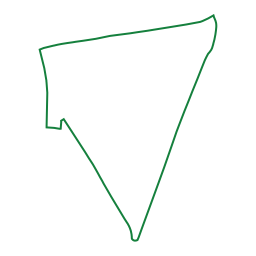 the district of Zawiyya Al-Hamra, Al Qahirah, Egypt
{"feature_id": "37247803B37865224267935", "entity_name": "Zawiyya Al-Hamra", "entity_type": "district", "adm_level": 2, "iso_a3": "EGY", "parent_name": "Egypt", "parent_adm1": "Al Qahirah", "projection": "mercator", "projection_center": [31.271, 30.098], "detail": "fine", "context": "isolated", "style": "outline", "palette": "green", "viewbox_px": 256, "rotation_deg": 0, "n_neighbors": 0, "source": "geoboundaries", "source_scale": "gbopen_adm2", "svg_char_len": 1867}
<svg xmlns="http://www.w3.org/2000/svg" viewBox="0 0 256 256"><path d="M46.6,127.4L49.9,127.6L54.2,127.9L59.0,128.7L59.9,128.8L60.7,128.7L60.8,127.1L61.2,122.4L61.2,122.0L61.2,121.6L61.1,121.2L61.1,120.8L63.7,119.2L63.9,119.6L64.2,119.9L69.8,128.5L85.1,152.1L89.0,158.4L92.9,164.4L95.7,169.3L97.9,173.2L100.0,177.1L102.3,181.1L103.3,183.0L103.4,183.3L103.6,183.6L111.2,196.7L124.5,218.8L126.7,222.2L126.9,222.5L127.0,222.7L127.3,223.1L127.6,223.5L127.8,223.9L128.1,224.4L128.3,224.8L128.5,225.2L128.8,225.7L129.0,226.1L129.2,226.6L129.4,227.0L129.6,227.5L129.8,227.9L130.0,228.4L130.1,228.8L130.3,229.3L130.5,229.8L130.6,230.3L130.8,230.7L130.9,231.2L131.0,231.7L131.1,232.2L131.2,232.6L131.3,233.1L131.4,233.6L131.5,234.1L131.6,234.6L131.6,235.1L131.7,235.6L131.7,236.1L131.8,236.6L131.8,237.1L131.8,237.6L131.8,238.1L131.9,238.5L132.0,238.9L132.2,239.2L132.4,239.4L132.7,239.6L132.9,239.9L133.2,240.0L133.5,240.2L133.8,240.4L134.1,240.5L134.4,240.6L134.7,240.6L135.1,240.6L135.4,240.6L135.7,240.6L136.2,240.5L136.5,240.4L136.9,240.3L137.1,240.1L137.5,240.0L138.7,237.2L141.4,229.7L158.6,182.7L164.4,166.7L167.5,157.8L171.3,146.9L176.1,133.0L176.3,132.4L176.5,131.8L179.4,124.2L184.5,111.0L188.7,100.6L192.4,91.2L197.5,78.7L198.6,75.9L202.6,65.8L204.9,60.1L206.5,56.8L208.1,53.8L209.6,52.1L211.2,49.9L212.1,48.0L213.0,45.0L213.2,44.4L213.3,43.7L214.4,39.6L215.4,34.5L216.0,30.1L216.3,26.9L216.3,25.0L216.1,23.0L215.5,20.8L214.4,18.1L214.1,17.5L213.9,16.9L213.6,15.7L213.5,15.4L210.5,17.1L208.0,18.5L202.6,21.0L200.2,21.9L186.2,24.5L169.5,27.2L153.9,29.7L147.8,30.7L137.4,32.2L130.2,33.3L110.0,35.9L95.9,38.8L83.5,40.7L75.6,41.8L72.6,42.3L67.6,43.0L61.9,43.9L60.3,44.2L57.7,44.7L53.8,45.6L53.6,45.6L43.7,48.0L39.7,49.6L39.8,50.1L44.3,68.2L46.4,80.6L46.4,81.3L46.5,82.0L47.3,92.8L46.6,125.9L46.6,126.8L46.6,127.4Z" fill="none" stroke="#15803d" stroke-width="2"/></svg>